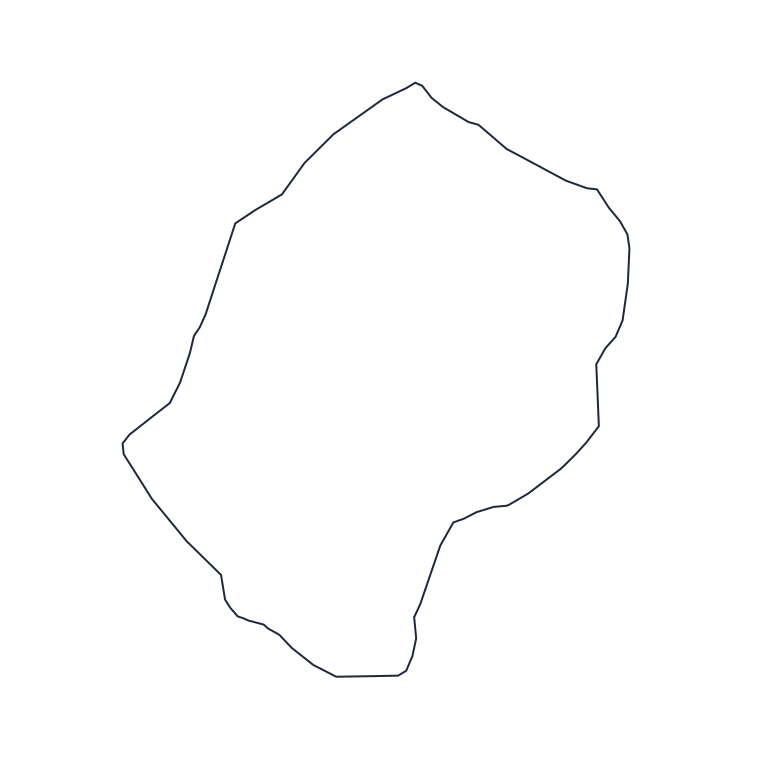 outline of Lesotho, rotated 348°
{"feature_id": "LSO", "entity_name": "Lesotho", "entity_type": "country or territory", "adm_level": 0, "iso_a3": "LSO", "parent_name": "Africa", "parent_adm1": "", "projection": "natural_earth1", "projection_center": [28.2, -29.612], "detail": "fine", "context": "isolated", "style": "outline", "palette": "slate", "viewbox_px": 768, "rotation_deg": 348, "n_neighbors": 0, "source": "natural_earth", "source_scale": "50m", "svg_char_len": 1088}
<svg xmlns="http://www.w3.org/2000/svg" viewBox="0 0 768 768"><g transform="rotate(348 384 384)"><path d="M502.3,521.1L481.6,528.0L478.7,528.6L465.5,527.0L447.8,528.6L433.9,532.4L423.1,533.8L405.5,553.7L373.5,607.2L365.0,618.4L362.6,639.5L355.2,656.1L346.1,669.1L337.2,672.2L310.6,667.1L276.4,660.4L256.6,644.3L238.9,623.0L229.5,607.6L219.8,599.1L216.4,594.4L202.5,587.3L197.2,583.6L192.6,580.9L187.0,570.7L183.7,561.8L184.9,536.9L175.1,522.1L158.3,496.8L147.6,476.1L133.0,447.9L124.1,423.7L114.8,398.6L115.9,387.8L124.7,380.5L150.5,367.8L170.5,358.1L184.8,340.2L200.5,313.5L208.1,297.5L215.6,290.2L224.0,278.8L238.4,253.8L254.6,225.9L271.9,196.0L293.7,187.3L323.6,177.3L352.3,151.2L386.5,129.2L441.7,105.3L467.4,99.2L477.2,95.8L483.4,100.3L490.0,114.0L499.3,125.4L521.1,145.3L530.3,150.1L552.8,179.6L576.8,199.8L604.4,223.1L623.2,234.7L632.8,237.9L640.7,258.6L648.7,273.9L653.2,288.2L652.3,302.2L643.4,336.4L630.6,371.4L620.4,385.9L607.9,395.1L595.7,408.9L591.0,436.9L585.4,469.9L569.5,483.5L557.1,492.4L540.1,503.3L502.3,521.1Z" fill="none" stroke="#1e293b" stroke-width="2"/></g></svg>